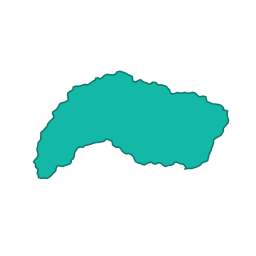 Benedito Novo, Santa Catarina, Brazil (Equal Earth projection), rotated 253°
{"feature_id": "56859067B31440957886424", "entity_name": "Benedito Novo", "entity_type": "district", "adm_level": 2, "iso_a3": "BRA", "parent_name": "Brazil", "parent_adm1": "Santa Catarina", "projection": "equal_earth", "projection_center": [-49.441, -26.794], "detail": "fine", "context": "isolated", "style": "filled", "palette": "teal", "viewbox_px": 256, "rotation_deg": 253, "n_neighbors": 0, "source": "geoboundaries", "source_scale": "gbopen_adm2", "svg_char_len": 2884}
<svg xmlns="http://www.w3.org/2000/svg" viewBox="0 0 256 256"><g transform="rotate(253 128 128)"><path d="M135.2,211.5L136.6,209.0L136.8,205.5L138.9,203.9L141.6,202.6L143.1,200.5L143.3,197.9L143.9,194.7L145.5,192.8L145.6,189.7L146.5,187.3L147.6,185.5L147.3,183.0L147.8,179.7L150.1,178.8L152.4,178.8L154.7,177.6L156.4,176.8L157.9,175.1L159.4,172.7L160.1,170.3L160.9,168.7L162.7,168.5L163.9,166.8L164.6,164.6L163.7,163.0L163.7,160.8L165.9,158.9L166.9,157.0L168.3,155.6L170.5,154.2L170.4,151.3L169.6,148.9L170.9,146.7L173.6,146.6L175.9,147.2L177.3,145.9L178.5,144.3L180.1,142.7L181.7,141.1L183.2,139.0L184.6,136.8L184.8,133.8L183.2,132.0L183.1,129.5L184.2,126.2L185.4,123.8L185.2,120.8L184.0,118.8L183.0,115.3L184.9,114.0L185.1,111.8L183.6,110.7L182.9,107.9L182.1,105.4L181.4,103.5L181.1,101.5L182.5,99.2L182.1,96.2L182.4,92.7L183.3,90.2L183.1,87.5L181.2,86.8L180.2,84.8L179.8,82.5L179.0,80.6L177.0,79.8L174.9,79.5L172.7,79.4L171.7,77.9L171.2,74.7L171.5,71.2L170.7,69.4L168.9,67.8L167.4,66.1L166.2,63.9L165.5,61.0L163.5,59.8L161.8,60.5L159.9,60.1L158.8,58.5L157.5,55.7L155.7,52.8L153.6,51.5L152.1,49.1L150.9,47.3L150.0,45.5L149.1,43.4L146.8,42.7L144.5,41.8L142.6,41.2L141.5,39.8L140.2,37.7L137.8,36.9L135.6,35.4L133.9,34.6L132.0,34.5L129.4,34.6L127.4,33.5L125.8,31.7L124.6,29.5L123.3,27.8L121.6,28.4L120.2,29.1L118.8,28.4L117.3,28.4L114.9,29.9L112.9,29.1L111.6,28.0L110.1,28.0L108.5,28.5L106.8,27.9L105.2,30.4L104.7,33.3L103.5,35.6L104.0,38.5L105.1,40.9L106.3,42.6L107.3,44.9L108.7,46.8L110.3,47.3L111.9,48.5L112.4,50.6L111.3,52.4L110.2,54.4L110.5,56.5L110.6,59.7L110.6,61.9L111.9,63.7L113.8,64.4L114.7,66.6L116.7,68.3L118.2,69.0L119.6,69.6L121.0,70.7L122.3,72.3L123.9,74.2L123.7,77.1L122.7,79.4L123.9,82.0L123.5,84.6L123.5,87.3L123.6,90.5L123.5,92.7L123.0,95.1L122.7,98.4L122.2,100.9L123.9,104.2L120.2,108.7L118.3,108.7L116.3,108.3L114.2,109.8L112.8,111.6L112.3,113.8L110.8,114.9L108.7,115.3L106.9,116.1L105.2,117.2L103.7,118.9L103.5,121.2L102.0,122.8L100.4,124.1L98.7,124.8L96.3,125.0L93.6,125.4L91.6,127.5L90.2,129.8L88.9,131.2L87.9,133.0L88.7,136.8L88.6,140.1L87.0,141.4L85.8,142.7L85.4,144.5L86.0,147.0L84.4,149.4L82.3,150.7L80.3,152.3L80.4,155.1L80.0,158.0L80.0,160.6L81.4,162.0L81.3,164.2L79.8,166.1L78.1,168.2L77.2,170.4L75.4,171.1L73.5,171.9L72.2,170.6L71.8,173.5L71.1,175.5L70.6,177.6L70.7,179.9L70.7,182.2L70.9,184.3L71.7,186.9L73.1,188.7L73.2,191.7L73.5,194.6L75.0,195.4L76.8,196.6L78.3,197.0L79.6,198.7L81.3,199.7L82.3,201.1L83.9,201.6L85.2,202.9L86.6,203.9L88.6,205.4L91.3,206.1L92.4,208.0L93.0,210.7L93.8,214.5L95.2,216.4L97.3,218.3L99.6,219.0L101.1,221.0L102.0,222.5L103.6,225.1L105.8,226.4L107.3,226.4L108.9,226.4L110.6,226.4L112.6,226.9L115.0,228.2L116.5,226.4L117.5,224.3L119.1,225.2L120.9,224.5L122.4,223.6L124.1,221.2L125.5,218.3L126.2,216.0L127.4,214.7L128.7,213.3L129.8,211.4L132.4,211.2L135.2,211.5Z" fill="#14b8a6" stroke="#0f766e" stroke-width="1.5"/></g></svg>